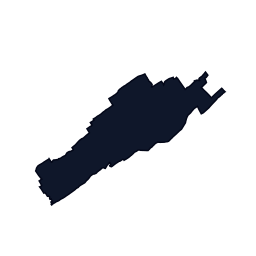 Bogdanesti, Vaslui, Romania, rotated 249°
{"feature_id": "2599482B63320103787750", "entity_name": "Bogdanesti", "entity_type": "district", "adm_level": 2, "iso_a3": "ROU", "parent_name": "Romania", "parent_adm1": "Vaslui", "projection": "orthographic", "projection_center": [27.722, 46.427], "detail": "fine", "context": "isolated", "style": "filled", "palette": "ink", "viewbox_px": 256, "rotation_deg": 249, "n_neighbors": 0, "source": "geoboundaries", "source_scale": "gbopen_adm2", "svg_char_len": 5687}
<svg xmlns="http://www.w3.org/2000/svg" viewBox="0 0 256 256"><g transform="rotate(249 128 128)"><path d="M127.1,231.6L128.4,231.0L128.6,230.8L129.0,230.7L130.7,230.1L131.5,229.7L128.4,221.6L126.3,216.6L129.2,215.6L132.9,214.0L136.2,212.4L138.5,211.5L139.5,211.0L140.4,213.1L140.7,213.9L141.0,214.4L141.5,215.6L141.6,216.1L142.0,216.6L142.0,216.9L142.3,217.5L144.3,217.6L147.0,217.5L147.1,218.5L147.1,218.9L147.3,219.3L147.8,220.1L148.7,221.5L152.5,220.4L152.0,219.5L151.7,219.1L151.2,218.2L151.0,217.7L150.1,216.1L149.6,215.1L149.6,214.5L149.3,213.8L149.2,213.1L149.1,212.7L148.8,212.6L148.6,212.0L148.3,211.8L147.9,212.0L146.8,212.0L146.6,211.9L146.8,211.3L147.1,211.1L147.1,210.8L147.2,210.7L147.7,210.2L147.8,209.9L147.6,209.5L147.6,209.2L148.2,208.8L147.5,207.4L148.2,207.1L148.1,206.7L147.3,206.8L146.3,203.9L145.9,203.4L144.6,199.8L144.6,199.5L144.6,198.1L144.6,197.6L143.8,196.2L143.6,195.8L143.5,195.2L152.7,192.9L156.7,192.0L156.6,191.6L157.7,191.3L157.6,191.2L157.5,190.6L157.2,189.2L157.3,188.3L157.3,188.2L157.5,188.1L158.3,188.2L159.1,188.3L159.1,188.0L159.2,185.7L159.3,184.7L159.3,184.1L158.9,181.9L158.7,181.0L158.5,180.2L158.2,179.2L157.8,178.6L157.2,178.2L156.7,177.7L155.7,177.0L155.5,176.8L156.1,176.8L159.6,175.9L159.1,172.7L158.0,167.4L157.7,165.3L157.7,164.8L157.8,164.7L159.9,166.1L160.5,166.0L162.0,165.6L162.8,165.2L163.2,165.0L163.9,164.5L164.6,164.3L165.4,164.3L167.1,163.9L168.0,163.9L169.3,163.5L172.4,163.1L172.3,161.4L172.3,159.6L172.5,157.0L172.5,155.8L172.0,153.6L170.8,148.8L170.7,148.1L170.0,146.2L169.6,144.2L169.5,143.9L169.2,142.4L168.8,141.3L168.6,140.4L168.5,140.2L168.6,139.8L168.5,139.1L168.2,138.1L167.9,136.6L167.5,135.7L167.1,134.0L166.3,132.5L166.2,132.3L165.6,131.9L165.1,131.4L164.6,130.5L163.7,128.0L163.5,126.6L163.0,124.7L162.5,121.9L162.5,121.5L162.3,120.7L160.2,121.0L156.1,121.8L154.8,122.2L154.7,121.7L153.9,119.5L153.1,116.1L153.0,115.2L152.8,113.8L152.1,112.1L152.0,111.5L151.6,110.0L150.8,108.1L150.5,106.8L150.3,106.0L150.1,105.1L150.0,103.8L149.2,101.3L149.0,99.6L148.8,98.8L147.5,99.0L146.9,96.5L146.7,95.2L146.6,94.8L145.5,95.0L145.5,95.3L145.4,95.3L145.2,95.6L144.7,95.5L144.4,95.4L144.7,95.2L143.5,95.3L143.3,95.2L143.2,95.0L143.1,94.2L142.9,93.0L142.2,90.3L142.0,89.4L137.3,90.3L137.2,90.2L137.0,89.4L136.1,86.6L135.3,84.6L135.0,83.7L134.7,83.1L134.6,82.7L134.5,82.2L134.6,81.8L134.5,80.6L134.4,80.2L134.2,79.9L134.1,79.1L133.6,77.7L133.4,77.5L132.8,76.1L132.1,74.8L131.9,74.4L131.2,73.1L130.9,72.3L130.7,71.6L130.2,70.1L129.7,68.7L128.0,69.1L127.3,69.2L126.9,67.8L126.8,66.8L126.7,66.2L126.9,65.4L127.1,64.7L126.8,62.5L126.6,62.0L126.0,61.4L125.7,60.7L125.3,60.5L124.9,59.9L124.8,59.7L124.7,58.8L124.7,57.8L124.5,56.6L124.4,56.1L124.3,55.6L123.9,54.1L124.0,53.8L123.9,53.3L124.2,52.5L124.2,52.3L124.1,52.0L123.7,51.6L123.6,51.2L124.0,50.2L124.0,49.9L124.4,48.2L124.7,47.5L124.8,46.9L124.7,46.7L124.5,46.3L123.5,44.8L123.4,44.4L123.5,44.2L127.6,43.3L127.5,43.2L127.3,42.6L127.1,41.6L126.9,40.3L126.6,38.9L126.2,36.9L125.8,35.6L125.7,35.2L125.7,34.7L125.5,33.6L125.3,32.0L125.0,30.9L124.9,30.4L124.4,29.6L124.0,29.1L123.3,28.2L121.7,27.1L121.0,26.4L115.8,27.6L112.3,28.7L111.2,29.2L111.0,28.1L110.4,26.5L110.4,26.1L107.2,26.6L105.2,26.8L105.0,26.6L104.8,25.8L104.8,25.4L104.6,25.2L104.7,24.4L102.3,25.1L97.3,26.1L97.3,26.8L97.3,27.4L96.0,27.8L93.2,28.3L93.1,28.9L92.8,29.0L92.8,29.4L92.5,29.9L91.8,30.2L90.7,29.7L90.3,29.6L89.6,29.6L89.3,29.7L89.2,30.0L89.3,30.8L88.7,30.9L85.9,31.1L85.8,30.4L86.1,30.4L86.1,30.0L86.6,29.9L86.5,29.5L85.1,29.8L84.9,29.6L84.6,29.7L84.3,29.4L84.3,29.2L84.5,29.1L84.4,29.0L84.2,28.9L83.5,29.2L83.7,29.5L84.0,30.2L84.3,31.7L84.5,33.1L84.6,33.3L84.8,34.1L84.9,35.5L84.9,36.5L85.0,37.3L85.1,37.9L85.4,38.6L85.7,40.2L85.9,42.3L86.1,43.2L86.4,44.7L86.8,46.1L87.5,49.3L87.9,50.6L88.5,53.0L89.1,55.2L89.4,56.3L89.7,57.0L90.0,57.6L90.1,58.2L90.3,58.7L90.3,59.6L90.4,60.2L90.8,60.8L91.0,61.4L91.2,61.6L91.4,62.3L91.7,63.8L92.4,68.0L93.4,69.8L93.7,70.1L93.9,70.6L94.1,71.5L95.0,73.3L96.7,75.8L97.0,77.1L97.4,78.3L97.5,78.5L97.4,79.0L97.1,80.1L97.2,80.6L97.1,81.7L97.5,82.8L97.9,83.4L98.8,86.3L99.0,87.4L99.4,88.1L99.9,89.4L100.0,89.7L99.8,90.3L99.7,91.0L98.6,92.0L98.4,92.2L98.4,92.3L99.8,94.1L100.8,95.3L101.1,95.9L101.3,96.4L101.7,97.4L102.2,98.0L102.4,98.5L101.7,98.7L100.6,98.9L100.3,99.1L99.7,98.0L99.6,97.5L99.4,97.3L98.7,97.5L97.8,98.6L98.0,99.8L98.1,100.0L98.5,101.4L98.9,102.5L99.1,103.5L99.4,104.3L99.6,105.6L100.1,107.7L100.1,108.0L99.9,108.4L100.2,109.9L100.7,111.7L100.4,112.2L100.2,112.3L100.0,112.7L99.3,112.8L99.5,113.5L99.5,114.4L99.6,114.8L100.3,118.1L101.0,120.1L101.2,120.5L101.4,121.6L101.8,122.3L102.4,124.1L102.9,124.7L103.1,125.3L103.2,126.5L103.2,126.8L103.3,127.7L103.7,129.2L103.7,129.6L103.6,130.4L102.7,131.7L102.2,132.9L101.8,133.8L100.9,136.0L100.3,137.3L99.8,138.7L100.1,139.3L100.5,140.3L101.4,141.9L101.5,142.1L101.5,142.7L101.5,143.0L101.6,143.3L102.3,144.6L102.8,146.0L103.1,146.4L103.8,148.2L103.9,148.5L103.9,149.1L104.0,149.9L104.2,150.6L103.6,151.8L103.0,153.2L101.8,156.8L101.6,157.5L101.6,158.3L101.3,159.2L101.1,160.0L101.1,160.5L101.1,161.0L101.2,161.5L102.7,164.7L102.9,165.4L103.5,166.5L105.4,171.5L105.9,172.5L106.0,172.9L107.0,175.2L107.1,175.6L107.2,176.0L107.7,177.5L112.3,183.5L113.3,184.1L116.1,186.1L116.4,186.5L116.6,186.6L117.2,187.2L118.1,188.2L118.5,188.7L119.7,191.8L121.1,194.1L122.5,196.8L123.3,200.2L123.4,200.5L122.4,200.7L119.7,200.9L115.0,201.5L115.2,203.7L115.5,204.5L117.9,210.8L118.7,212.2L120.2,215.2L122.9,220.9L123.3,221.5L123.6,221.8L124.0,222.5L124.1,223.4L124.9,225.8L125.3,226.5L125.7,228.0L126.1,228.3L126.3,228.9L126.6,230.3L126.8,230.5L127.1,231.4L127.1,231.6Z" fill="#0f172a" stroke="#020617" stroke-width="1.5"/></g></svg>